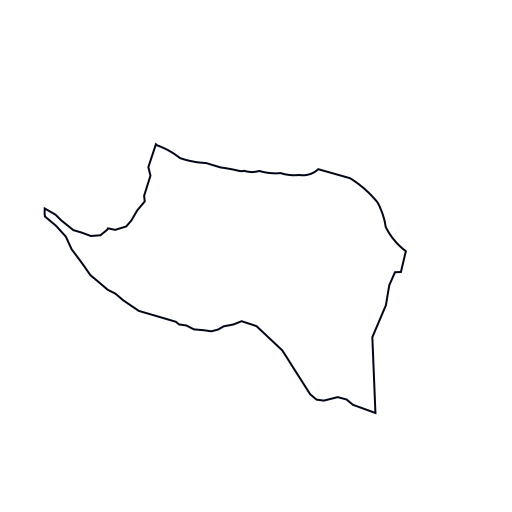 Mit Ghamr, Ad Daqahliyah, Egypt, rotated 130°
{"feature_id": "37247803B10909701940084", "entity_name": "Mit Ghamr", "entity_type": "district", "adm_level": 2, "iso_a3": "EGY", "parent_name": "Egypt", "parent_adm1": "Ad Daqahliyah", "projection": "natural_earth1", "projection_center": [31.269, 30.712], "detail": "fine", "context": "isolated", "style": "outline", "palette": "ink", "viewbox_px": 512, "rotation_deg": 130, "n_neighbors": 0, "source": "geoboundaries", "source_scale": "gbopen_adm2", "svg_char_len": 3391}
<svg xmlns="http://www.w3.org/2000/svg" viewBox="0 0 512 512"><g transform="rotate(130 256 256)"><path d="M234.7,404.5L257.1,395.6L262.3,388.5L281.8,380.4L285.7,376.3L291.5,376.3L297.3,376.3L309.0,374.3L316.8,374.4L326.5,380.7L329.9,387.1L331.8,386.9L340.1,388.5L346.8,395.3L350.2,404.8L353.6,412.6L353.9,428.3L353.2,436.1L355.4,448.4L359.4,445.2L361.4,443.1L361.4,441.1L361.4,439.0L361.4,434.8L361.4,432.8L361.4,428.6L363.4,414.1L369.3,401.7L373.2,385.2L374.7,379.5L377.1,370.7L377.1,366.5L377.1,360.3L377.2,347.9L375.2,339.5L375.3,329.2L373.4,310.5L357.9,275.1L357.9,271.0L354.0,264.7L353.0,260.3L352.1,256.4L346.3,248.1L342.4,241.8L336.6,237.7L330.7,235.6L323.0,229.3L315.2,225.1L312.5,218.3L311.7,216.4L309.4,210.5L310.6,189.9L311.4,175.3L314.7,164.7L317.9,154.8L322.6,139.9L327.1,125.6L327.1,117.3L323.2,111.1L317.4,106.9L311.6,102.7L307.7,94.4L307.7,86.1L299.5,63.6L243.4,114.7L225.7,120.1L210.3,124.8L192.8,135.1L179.1,139.1L175.1,134.7L156.0,144.3L156.0,144.9L156.0,145.6L156.1,147.3L156.1,148.9L156.0,150.6L156.0,152.3L155.8,153.9L155.7,155.6L155.5,157.3L155.2,158.9L154.9,160.6L154.6,162.2L154.3,163.8L153.8,165.4L153.4,167.0L152.9,168.6L152.4,170.2L151.8,171.8L151.2,173.3L150.6,174.8L150.4,175.2L150.2,175.5L149.5,176.4L148.4,177.7L147.3,179.0L146.2,180.4L145.2,181.8L144.3,183.2L143.3,184.7L142.4,186.1L141.5,187.6L140.7,189.2L139.9,190.7L139.1,192.2L138.3,193.8L137.6,195.4L137.0,197.0L136.8,197.6L136.4,199.6L136.1,201.7L135.8,203.8L135.5,205.9L135.3,208.0L135.1,210.1L135.0,212.3L134.9,214.4L134.8,216.5L134.8,218.6L134.9,220.7L134.9,222.9L135.0,225.0L135.2,227.1L135.4,229.2L135.6,231.3L135.9,233.4L136.0,233.8L136.0,234.1L149.5,264.1L149.8,264.2L150.1,264.2L151.1,264.4L152.0,264.6L152.5,264.7L153.0,264.8L153.9,265.1L154.3,265.2L154.8,265.4L155.7,265.8L156.1,266.0L156.6,266.2L157.4,266.6L157.9,266.8L158.3,267.1L159.1,267.6L159.5,267.9L159.9,268.2L160.7,268.8L161.1,269.1L161.5,269.4L162.2,270.0L162.5,270.4L162.9,270.7L163.6,271.5L163.9,271.8L164.2,272.2L164.8,273.0L165.1,273.4L165.4,273.8L166.0,274.7L166.1,274.8L166.2,275.1L166.3,275.2L167.2,276.0L167.7,276.6L168.2,277.1L169.1,278.1L169.5,278.6L170.0,279.1L170.8,280.2L171.2,280.7L171.6,281.3L172.4,282.4L172.8,283.0L173.1,283.6L173.8,284.7L174.2,285.3L174.5,285.9L175.2,287.1L175.5,287.8L175.8,288.4L175.8,288.5L176.3,289.6L176.7,290.5L177.1,290.9L178.2,292.0L179.2,293.1L180.2,294.2L181.1,295.4L182.0,296.6L182.9,297.8L183.8,299.1L184.6,300.3L185.4,301.6L186.1,302.9L186.9,304.3L187.5,305.6L188.2,307.0L188.7,308.1L189.0,308.3L189.3,308.6L189.8,308.9L190.6,309.5L191.0,309.9L191.4,310.2L192.2,310.9L192.6,311.2L192.9,311.6L193.6,312.3L194.0,312.7L194.3,313.1L195.0,313.9L195.3,314.4L195.6,314.8L196.1,315.6L196.4,316.1L196.7,316.5L197.2,317.4L197.4,317.9L197.7,318.4L198.1,319.3L198.3,319.8L198.9,320.2L199.3,320.6L199.7,320.9L199.9,321.2L200.4,321.7L200.8,322.3L201.3,322.8L201.6,323.6L202.9,326.1L204.2,328.6L205.5,331.0L206.9,333.4L208.3,335.8L209.7,338.1L210.9,340.0L217.0,354.2L218.1,355.6L219.2,357.2L220.4,358.9L221.5,360.6L222.6,362.3L223.6,364.1L224.6,365.9L225.6,367.7L226.5,369.5L227.4,371.3L228.2,373.2L229.0,375.1L229.8,377.0L229.9,378.7L230.0,380.5L230.2,382.3L230.3,384.1L230.5,385.9L230.8,387.6L231.1,389.4L231.4,391.1L231.8,392.9L232.2,394.6L232.7,396.4L233.2,398.1L233.7,399.8L234.3,401.5L234.8,402.8L234.8,403.0L234.7,404.4L234.7,404.5Z" fill="none" stroke="#020617" stroke-width="2"/></g></svg>